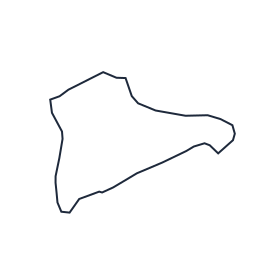 the district of Santa Lucía Milpas Altas, Sacatepéquez, Guatemala, rotated 335°
{"feature_id": "79465075B78305211974628", "entity_name": "Santa Lucía Milpas Altas", "entity_type": "district", "adm_level": 2, "iso_a3": "GTM", "parent_name": "Guatemala", "parent_adm1": "Sacatepéquez", "projection": "albers", "projection_center": [-90.675, 14.57], "detail": "fine", "context": "isolated", "style": "outline", "palette": "slate", "viewbox_px": 256, "rotation_deg": 335, "n_neighbors": 0, "source": "geoboundaries", "source_scale": "gbopen_adm2", "svg_char_len": 585}
<svg xmlns="http://www.w3.org/2000/svg" viewBox="0 0 256 256"><g transform="rotate(335 128 128)"><path d="M32.2,175.7L39.3,180.0L53.8,171.7L75.0,173.5L77.3,175.5L89.4,175.6L117.0,172.8L144.5,173.8L171.0,173.5L179.8,172.6L190.9,174.2L194.8,178.2L199.0,189.1L218.0,183.4L222.4,178.3L223.8,169.6L215.6,159.0L205.6,150.1L185.3,141.2L160.4,123.8L147.6,109.9L144.9,100.7L146.9,81.7L138.8,77.6L129.1,66.9L90.2,68.1L79.4,70.3L69.5,69.4L65.5,82.1L66.7,103.3L64.1,110.2L53.1,126.2L42.0,141.1L39.2,147.0L35.9,156.5L32.6,165.7L32.2,175.7Z" fill="none" stroke="#1e293b" stroke-width="2"/></g></svg>